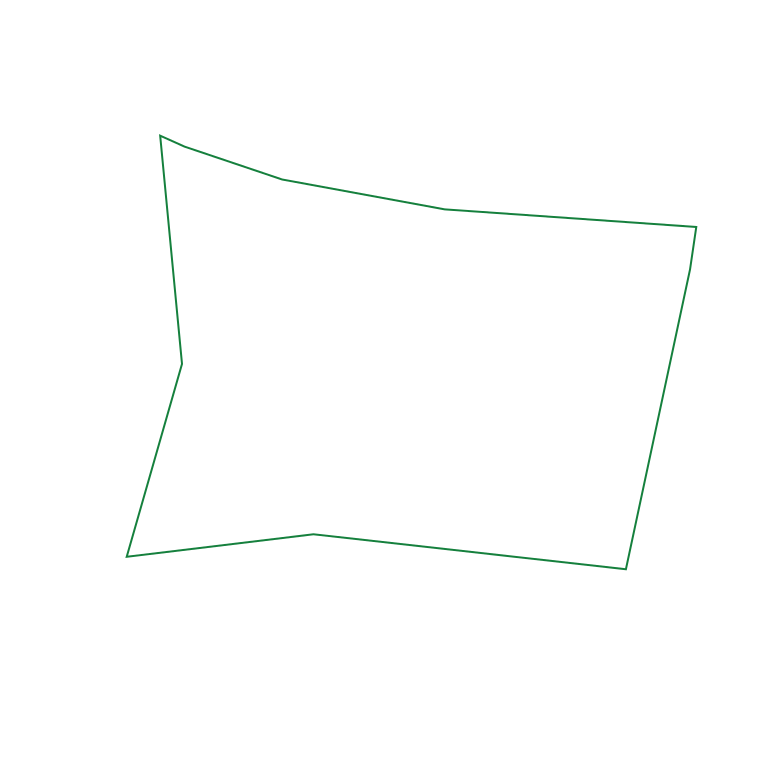 an SVG outline of Mubarak Al-Kabeer, rotated 286°
{"feature_id": "KWT-1666", "entity_name": "Mubarak Al-Kabeer", "entity_type": "Province", "adm_level": 1, "iso_a3": "KWT", "parent_name": "Kuwait", "parent_adm1": "", "projection": "albers", "projection_center": [48.072, 29.26], "detail": "fine", "context": "isolated", "style": "outline", "palette": "green", "viewbox_px": 768, "rotation_deg": 286, "n_neighbors": 0, "source": "natural_earth", "source_scale": "10m", "svg_char_len": 298}
<svg xmlns="http://www.w3.org/2000/svg" viewBox="0 0 768 768"><g transform="rotate(286 384 384)"><path d="M561.0,100.4L557.2,126.9L552.5,229.7L568.6,394.2L621.0,640.9L578.5,646.6L272.6,667.6L220.1,357.6L147.0,184.3L347.6,184.3L561.0,100.4Z" fill="none" stroke="#15803d" stroke-width="2"/></g></svg>